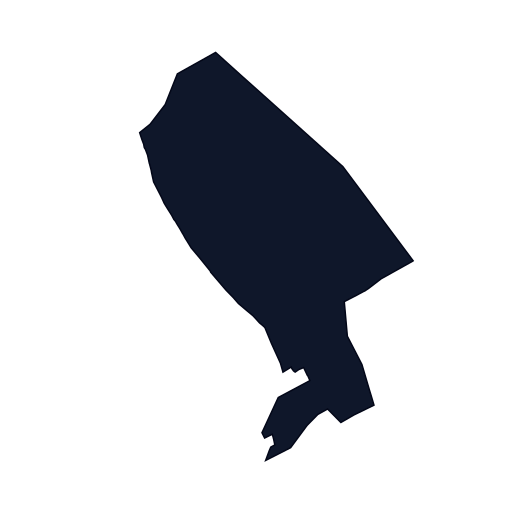 Trinidad Zaachila, Oaxaca, Mexico (Robinson projection), rotated 50°
{"feature_id": "50627088B25274478654542", "entity_name": "Trinidad Zaachila", "entity_type": "district", "adm_level": 2, "iso_a3": "MEX", "parent_name": "Mexico", "parent_adm1": "Oaxaca", "projection": "robinson", "projection_center": [-96.784, 16.924], "detail": "fine", "context": "isolated", "style": "filled", "palette": "ink", "viewbox_px": 512, "rotation_deg": 50, "n_neighbors": 0, "source": "geoboundaries", "source_scale": "gbopen_adm2", "svg_char_len": 1661}
<svg xmlns="http://www.w3.org/2000/svg" viewBox="0 0 512 512"><g transform="rotate(50 256 256)"><path d="M425.1,352.7L418.6,325.8L417.1,310.5L419.2,299.5L438.1,298.0L440.7,283.2L446.1,261.5L436.9,257.5L431.7,255.3L416.8,248.8L410.4,246.0L407.2,244.6L376.2,237.6L347.7,217.7L351.0,203.0L351.3,201.3L351.6,200.0L351.9,198.6L352.2,197.0L352.8,194.7L352.9,193.3L353.2,190.9L353.9,174.7L360.7,139.1L360.7,138.7L311.6,135.9L243.4,132.0L189.2,139.7L137.4,147.1L108.4,151.3L74.1,156.1L65.9,199.1L81.6,228.2L87.0,252.4L86.7,265.8L90.8,267.5L91.1,267.6L93.9,268.7L98.2,270.2L100.6,271.6L101.0,271.8L101.7,272.0L102.8,272.1L103.6,272.3L109.0,274.2L112.0,275.8L116.3,278.1L117.3,278.5L123.0,281.2L125.2,282.5L133.4,286.8L150.5,290.7L156.5,292.4L159.7,292.9L164.7,293.6L170.6,294.4L175.2,295.4L177.6,295.4L180.9,296.0L182.4,296.2L186.5,296.8L191.7,297.8L192.1,297.8L195.1,298.4L197.1,298.8L198.5,299.0L199.4,299.1L208.1,300.4L222.3,300.4L238.1,300.7L239.2,301.1L240.2,301.1L262.9,300.9L273.5,300.1L275.1,300.1L281.1,300.0L292.1,298.1L299.8,296.7L303.4,296.5L309.5,296.3L313.2,295.6L315.5,295.3L316.6,295.2L332.7,300.3L353.9,306.2L362.3,310.0L363.7,300.4L365.2,300.9L366.7,301.0L368.0,301.1L369.2,300.9L370.1,300.6L370.5,296.2L372.1,291.2L380.5,293.4L381.1,293.3L386.1,294.8L378.7,329.9L395.2,365.0L395.6,365.1L401.0,366.4L403.0,358.1L404.0,358.6L404.4,358.8L404.8,358.9L405.3,359.1L405.7,359.3L406.1,359.5L406.9,359.9L407.4,360.1L407.8,360.3L408.3,360.6L408.7,360.8L409.2,361.0L409.6,361.3L410.0,361.5L410.4,361.7L411.2,362.2L411.8,362.4L412.3,362.7L412.8,363.0L411.9,367.5L413.6,370.9L418.8,380.0L425.1,352.7Z" fill="#0f172a" stroke="#020617" stroke-width="1.5"/></g></svg>